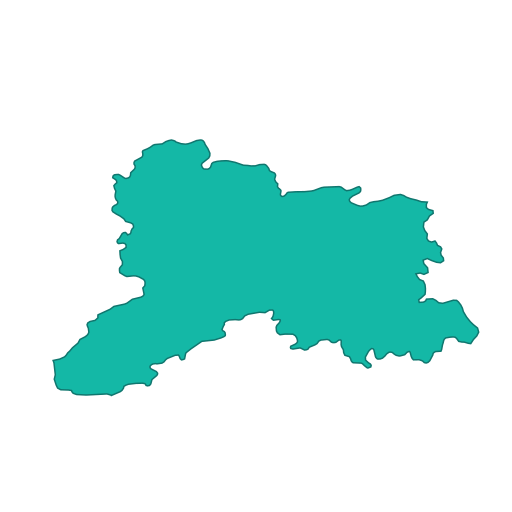 Vileyka, Minsk, Belarus (Natural Earth projection), rotated 174°
{"feature_id": "67162791B71807573158689", "entity_name": "Vileyka", "entity_type": "district", "adm_level": 2, "iso_a3": "BLR", "parent_name": "Belarus", "parent_adm1": "Minsk", "projection": "natural_earth1", "projection_center": [27.139, 54.501], "detail": "fine", "context": "isolated", "style": "filled", "palette": "teal", "viewbox_px": 512, "rotation_deg": 174, "n_neighbors": 0, "source": "geoboundaries", "source_scale": "gbopen_adm2", "svg_char_len": 6066}
<svg xmlns="http://www.w3.org/2000/svg" viewBox="0 0 512 512"><g transform="rotate(174 256 256)"><path d="M80.0,291.7L85.9,292.7L90.5,294.8L96.4,296.9L100.3,298.8L102.8,300.7L105.9,302.1L112.3,301.9L117.2,300.1L124.3,298.2L129.0,297.7L133.1,297.7L137.1,297.2L140.9,295.2L144.9,294.5L147.1,294.7L150.0,295.8L155.8,299.0L157.1,300.6L157.4,302.2L156.5,303.6L153.7,305.5L146.9,308.0L145.4,309.2L144.9,310.7L144.8,312.6L146.2,314.2L148.1,313.9L153.3,312.2L155.8,311.6L159.1,311.5L160.7,312.5L164.1,315.6L166.0,316.3L181.1,317.3L183.8,317.1L191.5,315.1L194.2,314.8L201.1,314.9L209.8,315.7L217.4,316.0L218.8,315.3L219.5,314.3L221.5,312.8L223.0,312.4L224.2,312.6L225.2,313.7L225.3,314.8L224.5,317.5L224.4,318.7L225.8,320.5L226.5,320.9L227.4,322.7L226.8,325.5L228.4,327.3L229.4,329.8L229.3,330.9L228.1,333.8L228.1,334.7L228.4,335.7L229.1,336.7L232.6,338.6L233.7,339.6L234.2,341.8L235.9,344.6L236.9,345.7L238.3,346.3L242.9,346.5L247.3,345.7L251.6,346.1L254.7,346.9L259.0,347.6L266.9,351.3L273.7,353.5L275.9,353.9L280.6,354.2L284.8,354.2L288.7,353.6L290.3,352.6L292.0,349.0L293.4,347.9L294.9,347.4L298.5,347.9L299.5,348.7L300.3,350.2L300.8,352.2L299.9,353.9L292.8,358.4L291.5,360.4L291.1,363.0L292.6,367.7L295.0,372.4L295.4,374.2L296.4,375.9L297.7,376.9L299.3,377.2L303.1,377.0L308.9,375.3L311.9,374.7L314.5,374.6L318.7,375.5L323.6,377.7L324.5,378.7L325.8,379.4L328.0,380.2L330.8,379.9L333.7,379.2L337.5,377.3L345.0,377.4L346.7,377.0L349.8,375.2L352.7,374.0L357.4,372.6L358.1,371.4L357.9,369.6L358.1,367.7L359.2,366.2L366.7,363.1L367.5,361.8L367.7,360.2L366.8,358.3L367.0,356.4L367.9,355.0L371.9,351.9L372.4,349.4L373.3,347.8L374.9,347.0L377.0,346.7L378.2,346.9L382.6,350.5L384.3,351.5L386.7,351.6L388.5,351.5L389.8,350.5L390.3,348.8L387.5,346.5L386.8,345.1L386.8,343.4L388.6,342.2L390.0,340.8L389.6,338.0L388.6,335.2L389.7,331.5L389.9,329.7L389.7,328.1L389.1,326.3L388.2,325.4L387.8,324.1L388.2,322.6L389.9,321.5L391.4,321.1L393.3,319.8L394.0,318.7L394.4,316.4L393.7,314.9L390.5,312.3L387.2,310.1L383.5,306.8L382.0,304.0L377.2,302.1L375.2,300.7L374.7,298.7L374.9,297.1L376.3,296.0L377.6,293.9L378.0,292.3L378.8,291.2L381.5,290.4L382.4,292.1L383.5,293.1L385.2,293.0L386.7,292.3L390.2,287.6L392.0,286.5L392.7,284.8L392.3,283.5L391.3,282.7L387.1,282.8L385.1,282.1L384.1,280.6L384.3,278.1L387.4,276.4L390.8,275.4L391.0,271.7L390.9,268.1L389.4,264.5L389.8,261.3L392.4,258.8L393.1,257.7L393.3,255.7L393.2,253.7L388.5,250.1L386.6,249.1L379.9,249.1L377.5,248.7L374.5,247.4L370.2,244.4L369.2,242.6L369.1,240.8L369.7,238.0L371.9,236.0L371.3,229.4L372.7,227.9L374.7,227.1L383.5,225.9L389.2,222.6L391.6,221.9L402.6,220.7L406.6,218.3L419.3,214.0L419.6,212.5L419.6,211.1L422.7,208.8L427.9,208.2L430.3,207.0L431.2,205.3L430.9,203.6L430.3,201.8L430.2,197.6L431.3,195.8L432.3,194.8L434.4,193.5L439.8,191.4L442.1,188.0L448.1,183.9L451.1,181.0L453.4,179.3L455.1,177.2L456.9,175.7L462.0,174.0L468.7,173.3L468.1,171.0L468.0,158.8L469.5,154.6L468.2,148.5L467.1,145.4L464.2,143.4L456.4,142.3L453.5,141.5L453.3,140.3L452.2,138.6L448.9,137.0L439.4,135.5L418.6,134.4L414.7,132.8L414.5,132.4L405.1,135.3L403.3,136.4L401.6,138.4L401.0,140.2L398.7,141.2L396.2,141.8L388.7,141.9L382.3,141.4L379.9,140.7L379.2,139.8L378.9,138.8L377.5,138.2L375.4,138.4L374.0,139.8L372.4,144.0L367.2,147.5L366.4,148.5L366.1,149.7L367.2,151.5L372.3,154.8L373.0,155.9L373.0,157.1L372.5,158.0L371.1,158.9L369.8,159.4L367.2,159.5L365.8,159.1L360.7,159.3L358.5,160.4L356.8,162.2L354.9,163.4L346.8,165.7L343.5,165.6L342.9,164.6L342.1,161.8L341.0,160.5L339.5,160.6L337.8,161.1L336.1,166.6L334.9,167.6L330.5,170.4L318.8,176.8L306.4,176.8L299.4,178.2L296.5,179.1L294.9,180.0L294.7,181.0L294.8,183.0L295.4,184.1L296.8,185.1L297.5,186.5L295.8,189.6L294.6,191.2L294.6,192.8L292.9,194.2L289.3,195.2L283.2,194.9L279.7,194.2L277.9,194.3L275.9,195.1L273.5,197.6L269.9,198.9L258.4,199.7L252.9,198.7L248.3,200.8L245.2,200.5L244.6,200.0L244.3,198.6L244.4,197.1L245.3,194.4L246.1,193.2L247.1,192.2L246.2,191.1L245.3,190.3L240.4,190.5L238.7,190.1L238.6,189.0L239.7,187.3L242.5,184.8L243.4,183.1L243.5,179.3L242.8,177.4L240.4,175.2L235.2,175.3L227.5,174.4L225.2,172.6L224.0,170.2L223.6,167.8L223.7,166.3L224.7,165.1L226.2,164.2L230.9,162.6L231.3,161.4L231.1,160.4L229.0,159.6L221.7,160.0L217.5,157.4L215.5,157.5L214.1,157.9L212.6,159.7L206.6,161.5L204.5,162.5L202.4,164.8L200.3,165.6L194.0,165.6L192.1,164.8L190.1,162.5L188.5,161.8L186.9,161.7L185.6,161.8L182.4,163.7L180.6,163.7L180.1,162.8L180.6,158.9L180.4,157.0L178.9,153.6L178.9,150.7L178.0,148.0L173.6,146.1L172.6,143.7L172.3,141.9L171.5,140.5L170.6,139.7L162.7,138.5L161.5,137.9L159.6,135.6L157.3,133.3L156.4,132.9L153.4,133.7L152.9,135.3L153.5,136.6L155.4,138.1L157.9,141.0L157.8,144.0L154.2,149.2L152.9,150.5L150.7,151.9L149.2,151.4L148.6,150.4L147.7,143.5L147.4,142.6L146.5,141.3L145.7,140.8L143.3,140.6L140.9,141.2L138.3,143.0L136.3,145.0L133.7,146.4L132.4,146.4L130.6,145.9L128.8,144.0L127.0,142.6L124.1,141.6L122.8,141.6L118.4,142.3L115.8,144.5L113.6,145.1L112.8,144.3L112.1,139.8L111.4,137.8L110.3,136.3L104.6,135.8L102.0,134.6L101.0,133.9L99.8,132.4L98.0,131.8L96.1,132.2L94.1,133.7L90.5,139.1L90.0,140.7L89.0,141.5L87.4,142.2L82.0,142.0L81.2,143.5L79.8,148.2L78.9,150.2L78.2,152.3L77.4,153.6L75.9,154.7L71.5,155.0L68.4,154.9L66.4,154.4L65.1,153.0L63.3,149.9L60.2,148.9L57.9,148.6L54.0,147.0L51.6,146.4L48.5,150.2L44.8,153.4L42.5,157.0L43.2,161.2L47.1,165.1L49.7,168.2L53.0,173.3L55.6,179.0L56.2,182.6L57.5,186.0L59.5,189.2L61.1,190.9L64.4,191.4L75.2,189.4L79.2,190.4L81.8,193.1L84.7,195.0L91.0,195.3L92.0,193.6L94.3,192.6L98.5,192.8L98.8,195.5L96.2,197.0L91.9,200.2L91.3,202.8L90.9,205.8L90.9,209.7L92.2,213.6L95.8,215.5L97.8,218.7L98.8,221.6L94.5,221.9L90.9,220.2L86.6,221.6L86.6,226.3L89.9,230.9L90.2,234.4L85.9,235.6L81.7,233.1L77.1,230.9L73.2,230.0L69.9,231.7L69.9,234.4L71.8,237.5L72.1,240.2L70.5,243.6L71.5,245.8L74.4,247.6L75.1,250.0L76.4,252.2L80.0,251.5L82.9,252.9L84.3,255.6L83.3,260.0L85.5,263.7L86.5,267.4L85.5,272.1L81.9,274.0L79.3,277.7L75.3,279.9L75.3,282.6L79.6,284.3L81.5,286.3L81.2,289.5L80.0,291.7Z" fill="#14b8a6" stroke="#0f766e" stroke-width="1.5"/></g></svg>